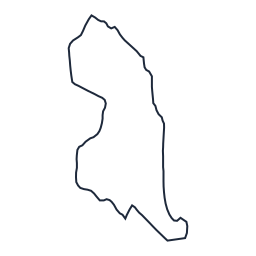 Natal, Rio Grande do Norte, Brazil
{"feature_id": "56859067B10091866773684", "entity_name": "Natal", "entity_type": "district", "adm_level": 2, "iso_a3": "BRA", "parent_name": "Brazil", "parent_adm1": "Rio Grande do Norte", "projection": "equal_earth", "projection_center": [-35.228, -5.802], "detail": "fine", "context": "isolated", "style": "outline", "palette": "slate", "viewbox_px": 256, "rotation_deg": 0, "n_neighbors": 0, "source": "geoboundaries", "source_scale": "gbopen_adm2", "svg_char_len": 1675}
<svg xmlns="http://www.w3.org/2000/svg" viewBox="0 0 256 256"><path d="M185.1,238.1L186.9,233.0L187.3,226.1L186.4,221.8L184.0,220.2L180.5,217.8L177.1,220.8L174.0,220.5L171.7,218.1L169.4,214.5L167.2,209.3L165.6,203.5L164.6,197.7L164.0,192.2L163.6,186.5L163.5,181.4L163.5,176.9L163.5,171.2L163.1,167.1L163.1,163.7L163.1,159.9L163.1,156.3L162.9,150.8L163.1,147.4L163.2,143.4L163.5,138.1L163.8,132.7L164.1,127.6L164.0,123.6L162.6,120.6L161.8,117.3L158.6,114.2L156.5,110.2L155.4,105.9L153.3,103.2L153.0,99.0L152.6,95.0L152.2,90.7L151.9,86.8L151.9,81.6L151.9,76.3L149.1,71.5L146.2,69.9L144.6,67.3L144.0,63.5L143.4,57.3L140.5,55.9L136.7,51.2L124.7,40.3L122.5,37.8L119.9,34.4L117.6,30.2L114.7,26.9L111.2,28.4L107.9,26.4L106.3,23.3L104.0,21.4L101.0,21.3L98.1,19.9L95.1,17.5L91.5,15.4L88.8,19.2L85.3,25.5L83.0,30.9L80.9,35.1L78.0,37.3L73.0,40.5L70.1,43.8L68.7,48.1L69.1,52.5L69.3,55.9L69.8,60.4L70.2,65.7L70.7,70.6L71.3,75.5L72.3,82.0L74.9,84.2L78.4,85.8L83.9,88.7L88.3,91.0L94.7,94.1L98.4,96.1L102.2,97.8L104.7,99.9L105.8,103.5L105.0,107.7L103.1,111.3L102.6,115.1L102.6,118.7L101.9,123.2L100.7,127.8L99.4,131.1L97.4,134.1L93.5,137.2L90.3,138.3L85.6,141.7L82.4,145.3L79.2,146.8L77.4,149.9L76.8,155.5L76.6,159.2L76.9,163.1L76.9,167.8L76.1,172.5L76.0,177.2L76.3,182.1L78.1,185.5L80.3,187.9L83.9,189.1L87.6,189.7L91.1,190.8L94.1,193.5L96.4,196.4L99.8,200.4L103.8,200.4L106.6,199.2L109.6,200.1L111.6,201.8L113.9,204.7L116.6,209.6L119.8,213.3L122.5,214.7L125.3,218.6L126.8,215.0L129.6,209.5L132.1,205.4L134.9,207.3L136.9,210.0L139.2,212.7L142.0,215.1L145.4,218.6L149.2,222.5L153.0,226.5L156.5,230.1L164.9,238.2L167.5,240.6L185.1,238.1Z" fill="none" stroke="#1e293b" stroke-width="2"/></svg>